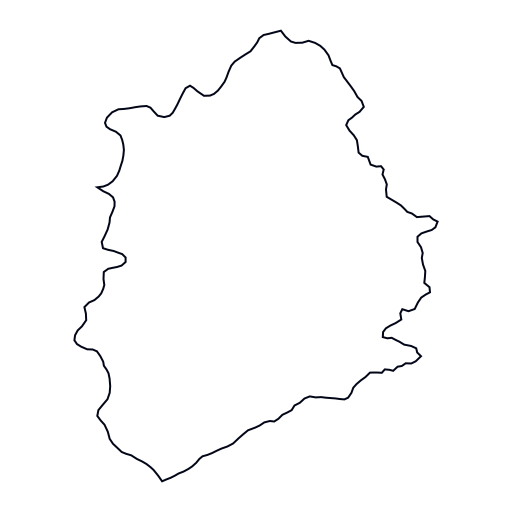 the district of Miravânia, Minas Gerais, Brazil
{"feature_id": "56859067B46830192299051", "entity_name": "Miravânia", "entity_type": "district", "adm_level": 2, "iso_a3": "BRA", "parent_name": "Brazil", "parent_adm1": "Minas Gerais", "projection": "mercator", "projection_center": [-44.42, -14.75], "detail": "fine", "context": "isolated", "style": "outline", "palette": "ink", "viewbox_px": 512, "rotation_deg": 0, "n_neighbors": 0, "source": "geoboundaries", "source_scale": "gbopen_adm2", "svg_char_len": 3376}
<svg xmlns="http://www.w3.org/2000/svg" viewBox="0 0 512 512"><path d="M162.1,481.3L166.7,479.3L170.6,477.8L174.8,475.7L178.8,473.4L183.5,471.6L188.5,468.9L192.2,466.4L196.2,462.8L199.4,458.9L202.5,456.3L207.5,454.9L212.0,453.1L216.2,451.0L221.4,448.6L227.4,446.5L233.1,443.5L238.7,438.2L242.8,434.6L248.0,430.3L255.2,427.6L259.7,425.5L264.3,422.4L269.9,421.0L274.2,421.5L278.4,418.8L282.4,414.8L287.3,412.5L291.6,410.2L294.5,405.5L299.8,402.8L304.5,398.5L309.8,396.4L315.7,397.4L321.1,397.1L325.9,397.7L331.1,398.1L335.3,398.4L339.6,399.0L344.4,399.4L348.1,397.7L351.4,392.9L353.3,387.7L356.5,384.1L360.8,380.4L365.4,377.1L370.0,372.6L376.5,372.5L381.8,372.8L384.8,369.4L389.3,369.8L393.2,370.8L397.6,366.7L401.8,366.0L405.7,363.3L411.2,363.5L415.7,361.3L421.0,356.2L417.2,352.5L416.2,348.3L411.2,346.0L404.1,344.6L399.4,341.7L395.6,339.9L391.7,337.8L387.4,338.3L382.8,337.1L383.1,332.0L385.9,328.3L390.3,325.6L395.6,323.1L401.3,319.5L400.3,313.3L402.3,309.2L408.5,311.2L414.7,309.0L417.9,302.5L421.2,297.6L425.8,294.5L430.0,292.3L429.5,287.2L424.3,282.9L424.9,277.4L425.3,271.0L423.0,264.5L421.8,258.0L422.7,253.0L421.0,247.2L417.5,242.0L417.5,236.7L421.4,233.4L426.5,231.6L431.7,230.0L435.4,227.3L437.6,221.6L433.2,219.4L429.5,216.1L424.3,216.5L416.9,217.1L411.9,213.5L407.3,211.9L404.2,208.6L400.9,205.4L396.7,202.7L391.3,199.5L386.7,196.8L386.0,189.4L386.8,184.4L385.0,179.4L382.5,174.5L383.7,169.5L381.0,166.2L376.3,166.6L370.6,164.6L367.8,156.9L362.3,155.8L358.6,152.6L357.9,146.7L356.9,140.2L353.8,135.3L349.5,130.6L346.2,125.1L348.4,120.2L351.9,117.7L355.3,114.5L359.5,111.9L363.8,106.9L361.6,101.0L357.5,97.0L354.2,91.1L351.0,86.6L347.3,81.7L343.8,77.1L341.8,72.6L339.9,68.4L336.3,66.3L332.4,65.1L330.7,61.1L328.5,55.3L324.4,49.6L320.2,45.8L315.1,42.9L308.6,40.8L302.3,42.7L295.5,42.9L290.9,41.5L285.3,36.5L280.9,30.7L273.1,32.7L268.6,33.9L263.6,35.0L259.3,38.2L257.2,42.4L254.4,46.3L250.5,51.3L245.6,54.3L240.2,57.8L234.7,61.6L231.3,65.6L228.6,71.7L226.4,77.8L224.5,81.9L220.8,87.0L217.9,90.6L214.0,93.9L210.0,95.6L204.0,95.8L197.4,91.3L193.5,87.9L190.0,85.7L185.6,88.2L182.8,93.3L180.2,98.5L177.3,104.6L174.9,109.0L172.7,112.8L169.7,115.7L164.3,117.1L157.7,115.7L153.6,111.3L150.5,107.7L146.6,106.0L140.8,106.4L135.7,107.1L129.8,108.2L124.4,108.9L118.4,109.3L112.1,112.3L106.9,117.7L105.0,122.9L106.5,126.7L110.0,129.2L115.9,131.7L120.5,135.5L122.2,140.0L123.3,144.6L123.9,149.9L123.4,155.4L122.4,160.8L120.7,166.0L119.3,170.6L117.0,175.8L112.6,181.3L108.0,184.7L103.4,186.5L97.3,187.3L103.2,191.2L108.9,193.9L113.0,197.3L114.6,201.7L114.5,206.3L112.4,211.9L110.0,217.4L109.5,222.7L107.6,229.6L104.3,236.8L101.7,241.9L103.0,248.2L108.0,249.8L113.7,251.0L118.2,252.7L122.2,254.1L125.6,257.5L125.6,262.0L121.5,265.6L117.0,267.0L112.8,267.8L108.2,268.8L103.8,272.0L103.5,279.0L104.3,285.0L103.2,288.9L101.2,293.4L98.6,296.6L94.4,300.1L89.0,302.5L84.4,307.1L85.9,313.6L86.2,320.2L81.9,326.4L77.7,330.4L75.1,335.2L74.4,340.3L77.0,344.1L81.2,346.7L87.2,349.3L92.7,349.5L96.9,351.3L100.3,356.1L103.2,361.7L103.9,365.8L106.4,369.3L108.5,373.2L109.6,378.7L110.2,386.1L109.7,392.8L107.5,399.2L102.6,405.0L98.4,410.1L97.3,415.9L100.6,420.4L104.5,424.7L107.8,431.7L109.7,438.9L113.0,443.8L117.6,448.1L121.7,452.0L126.1,453.8L131.2,455.3L137.0,459.0L142.0,461.4L146.6,464.1L150.7,467.3L153.6,470.0L158.2,475.7L162.1,481.3Z" fill="none" stroke="#020617" stroke-width="2"/></svg>